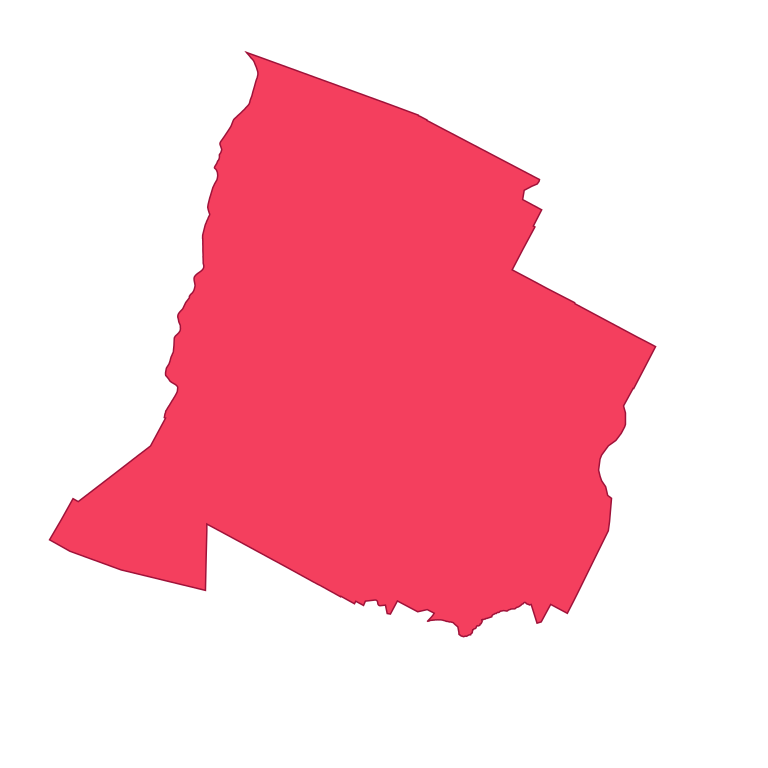 outline of Maroondah, Victoria, Australia, rotated 110°
{"feature_id": "25037944B31367314847764", "entity_name": "Maroondah", "entity_type": "district", "adm_level": 2, "iso_a3": "AUS", "parent_name": "Australia", "parent_adm1": "Victoria", "projection": "albers", "projection_center": [145.272, -37.803], "detail": "fine", "context": "isolated", "style": "filled", "palette": "rose", "viewbox_px": 768, "rotation_deg": 110, "n_neighbors": 0, "source": "geoboundaries", "source_scale": "gbopen_adm2", "svg_char_len": 6123}
<svg xmlns="http://www.w3.org/2000/svg" viewBox="0 0 768 768"><g transform="rotate(110 384 384)"><path d="M644.8,645.0L648.6,621.8L648.6,567.4L639.0,481.2L608.1,491.7L582.2,500.4L576.2,502.6L580.8,471.0L587.2,428.1L589.3,413.9L594.1,383.1L595.0,376.8L595.0,376.0L598.8,352.0L598.2,351.9L600.6,336.6L597.8,336.2L599.1,327.5L594.4,327.2L590.0,318.4L589.9,318.0L589.8,317.5L589.9,317.1L590.0,316.7L590.3,316.1L590.8,315.6L592.8,314.5L593.1,314.2L593.4,313.8L593.6,313.4L593.8,312.8L593.8,312.3L593.6,311.7L591.3,307.0L598.6,302.5L598.0,299.3L583.3,297.2L586.5,274.4L581.2,266.2L582.2,258.4L584.7,259.0L586.7,259.7L591.9,261.9L592.0,261.7L591.1,260.4L591.0,260.2L590.4,259.8L589.7,258.3L589.4,257.9L589.3,257.5L589.3,257.3L588.8,256.6L588.7,256.4L588.7,256.1L588.1,255.2L588.0,254.8L587.8,254.5L587.7,253.9L587.3,253.2L587.2,252.8L586.7,251.3L586.2,250.1L586.2,249.7L586.0,249.1L585.9,248.4L585.8,247.8L585.8,246.9L585.6,245.5L585.7,245.0L585.7,244.2L585.4,243.2L585.2,241.0L584.8,240.1L584.6,237.9L584.6,237.2L585.4,235.7L587.0,231.5L592.3,228.4L593.3,228.1L593.5,228.0L593.7,227.7L593.8,227.3L593.7,227.0L594.0,226.7L594.2,226.1L594.4,225.1L594.3,224.5L594.2,224.0L594.2,223.8L594.3,223.5L594.3,223.0L594.0,222.4L593.5,221.9L593.1,221.3L593.0,220.9L593.0,220.5L592.7,220.1L592.4,219.7L591.3,218.9L590.5,217.9L590.3,217.6L590.2,217.1L590.0,216.8L589.5,216.9L589.2,216.8L588.6,216.6L588.3,216.3L587.4,216.0L586.8,216.3L586.6,216.2L586.2,216.3L585.6,216.4L585.1,216.6L584.6,216.6L584.4,216.1L584.2,215.9L583.6,215.8L583.2,215.6L582.7,214.7L582.2,214.3L581.4,214.1L580.9,214.2L580.2,214.1L579.5,213.9L579.2,213.7L579.2,213.1L579.1,212.8L578.8,212.3L578.5,212.1L578.2,211.7L577.9,211.5L577.5,211.4L576.8,211.6L576.6,211.4L576.4,211.1L576.0,210.8L575.4,210.8L574.8,210.6L574.3,210.6L573.3,210.6L572.8,210.9L572.4,211.5L572.1,211.5L571.7,211.1L571.5,210.8L571.5,210.6L571.5,210.2L571.3,209.9L571.0,209.7L570.7,209.4L570.3,208.5L569.7,208.3L569.3,207.6L569.0,207.0L568.5,206.4L567.8,205.5L567.0,204.5L566.5,203.9L565.9,203.1L565.6,203.1L565.2,203.2L564.7,203.3L564.2,203.1L563.5,202.7L562.3,201.5L561.6,201.1L561.3,200.1L560.2,199.5L559.8,199.1L559.7,199.0L559.6,198.4L559.4,198.0L559.1,197.7L557.8,197.0L557.5,196.7L557.1,195.8L556.1,194.3L555.8,193.2L555.4,191.1L555.1,190.5L554.7,190.2L554.0,189.9L553.7,189.7L552.8,188.4L552.1,187.8L552.0,187.6L551.4,186.4L550.7,184.5L550.5,184.1L549.9,183.7L548.9,183.2L548.4,182.8L547.8,181.8L547.2,181.2L545.2,179.7L544.0,179.2L543.5,178.8L543.0,178.2L542.7,178.0L542.0,177.9L541.7,177.7L541.3,177.4L541.0,176.8L541.0,176.4L541.0,176.1L541.3,175.8L541.7,175.0L541.8,174.4L541.7,172.9L541.9,171.7L540.8,170.3L556.4,158.4L553.8,154.9L534.1,152.0L536.8,133.3L523.4,131.6L513.1,130.4L477.9,126.6L455.1,124.1L445.2,123.0L436.1,125.0L413.6,131.1L412.2,135.7L404.8,140.5L400.5,146.4L396.8,149.4L391.5,152.9L380.7,155.3L376.3,155.2L365.3,152.0L357.7,146.8L349.2,144.2L342.0,143.2L339.3,143.3L328.6,147.2L323.7,150.7L322.6,151.4L302.9,148.4L302.9,147.8L273.5,143.9L256.0,141.6L253.6,159.4L253.5,160.5L243.3,231.9L242.4,232.6L238.4,263.7L235.8,281.6L232.9,302.6L210.3,299.6L184.8,295.9L184.5,297.7L166.4,295.4L163.3,316.8L154.0,318.5L147.6,312.7L143.6,308.4L140.5,307.6L138.7,307.8L138.0,313.1L121.7,433.8L121.2,433.9L120.3,440.6L120.2,441.0L120.1,443.4L119.6,443.6L119.4,475.2L119.4,599.3L119.4,611.7L119.5,626.6L120.0,625.8L120.6,624.6L121.0,623.9L121.6,622.8L122.7,621.1L123.3,620.1L123.3,619.9L124.1,618.4L124.6,617.5L125.6,616.3L128.0,614.2L129.9,612.4L133.8,609.4L134.8,608.9L135.9,608.5L136.5,608.3L138.4,608.1L139.5,607.9L141.6,608.0L143.8,607.9L148.4,607.5L154.6,607.1L158.4,606.7L162.8,606.8L165.3,606.5L166.9,606.5L168.7,607.0L172.0,608.5L172.3,608.5L174.8,609.6L175.4,610.0L175.9,610.2L178.5,611.4L182.4,613.5L183.0,613.7L185.2,614.9L186.7,615.6L188.1,615.8L193.2,615.9L194.5,616.0L198.6,616.9L206.0,618.7L212.3,620.4L213.4,620.5L214.1,620.4L215.0,620.0L217.8,617.7L219.0,616.8L219.5,616.6L222.2,616.5L222.8,616.6L224.3,617.0L225.0,617.1L226.4,616.5L227.7,616.1L229.1,616.0L230.2,616.1L231.2,616.5L232.3,616.6L233.8,616.6L237.2,617.3L238.4,617.4L239.0,617.1L239.2,616.8L239.6,615.7L239.9,615.2L240.5,614.4L242.2,612.9L243.4,612.3L245.1,611.5L247.0,611.1L249.1,610.8L254.3,611.7L255.1,611.7L257.9,612.0L263.0,611.7L264.7,611.6L266.1,611.5L268.8,611.4L275.3,610.7L278.2,610.1L280.6,608.6L281.9,607.6L283.1,606.7L283.9,605.9L284.5,605.7L285.2,605.7L286.6,605.9L287.5,606.0L289.6,606.0L290.6,606.2L292.5,606.3L293.2,606.2L294.9,606.4L296.7,606.3L306.2,605.3L308.9,604.4L309.2,604.3L309.3,604.1L311.3,603.3L312.5,602.8L314.0,602.3L316.7,601.2L320.6,599.8L325.2,597.9L325.7,597.8L325.8,597.8L328.4,596.7L329.5,596.3L331.2,595.6L332.2,595.3L334.6,593.7L336.2,593.3L336.7,593.3L337.3,593.3L338.7,593.7L340.0,594.3L341.7,595.4L344.1,597.1L345.4,597.8L346.4,598.3L347.8,598.7L348.5,598.8L349.2,598.7L350.1,598.5L351.8,597.7L354.6,596.0L356.3,595.1L359.8,594.7L361.4,594.7L362.6,594.9L363.6,595.2L364.2,595.4L366.1,596.4L367.6,596.7L368.1,596.9L369.5,596.4L375.3,598.2L381.9,598.8L383.1,599.2L385.8,600.4L387.0,600.8L388.1,601.1L389.2,601.2L390.2,601.1L391.3,600.8L391.9,600.5L392.7,599.9L393.2,599.6L394.1,599.0L395.1,598.5L396.1,597.8L398.3,595.7L398.9,595.3L400.6,594.7L401.3,594.3L403.0,593.9L403.6,593.8L404.0,593.9L405.9,594.3L408.1,595.3L410.2,596.4L412.0,596.8L412.8,596.7L414.1,596.3L419.8,594.5L423.8,593.5L425.6,593.0L426.3,592.9L428.0,593.1L429.5,593.1L431.2,593.3L433.2,593.2L434.8,593.0L436.0,592.9L438.7,592.9L439.7,593.1L442.9,593.8L443.6,593.9L447.9,593.2L449.4,592.7L450.2,592.3L450.7,592.0L450.8,591.8L451.2,591.0L452.0,589.6L453.2,587.7L454.3,586.4L454.6,585.7L455.1,584.2L455.9,579.6L456.3,578.7L456.9,577.4L457.4,576.9L457.9,576.6L461.5,575.7L462.3,575.7L463.7,575.8L467.6,576.4L469.7,576.9L470.3,576.9L472.9,577.6L473.4,577.6L476.3,578.2L477.3,578.3L477.7,578.5L480.0,579.0L481.5,579.3L482.6,579.4L483.7,579.8L484.4,579.8L485.7,579.5L487.0,579.6L487.3,579.5L488.4,579.4L489.4,579.1L490.1,579.1L490.7,579.0L490.7,577.6L522.1,582.2L533.4,589.4L533.5,589.5L561.7,607.3L599.1,631.1L598.1,637.0L622.3,640.9L644.8,645.0Z" fill="#f43f5e" stroke="#9f1239" stroke-width="1.5"/></g></svg>